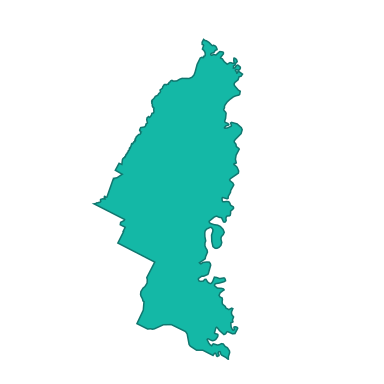 Manningham, Victoria, Australia, rotated 109°
{"feature_id": "25037944B66764167138958", "entity_name": "Manningham", "entity_type": "district", "adm_level": 2, "iso_a3": "AUS", "parent_name": "Australia", "parent_adm1": "Victoria", "projection": "natural_earth1", "projection_center": [145.177, -37.757], "detail": "fine", "context": "isolated", "style": "filled", "palette": "teal", "viewbox_px": 384, "rotation_deg": 109, "n_neighbors": 0, "source": "geoboundaries", "source_scale": "gbopen_adm2", "svg_char_len": 6044}
<svg xmlns="http://www.w3.org/2000/svg" viewBox="0 0 384 384"><g transform="rotate(109 192 192)"><path d="M43.9,230.7L47.1,231.2L49.2,230.4L49.1,229.2L49.7,228.7L53.5,228.7L54.3,226.8L56.0,224.9L58.5,224.0L59.2,224.2L59.8,225.0L60.3,224.8L60.7,225.2L61.2,225.0L61.5,225.5L61.4,226.5L62.6,227.8L69.6,228.7L77.7,228.1L80.7,228.2L83.5,229.4L85.6,231.7L87.8,238.4L89.3,240.3L91.9,242.5L93.3,245.8L93.3,246.3L93.0,246.5L93.0,247.4L94.0,248.4L95.3,248.7L96.0,249.4L97.8,249.4L98.0,250.4L99.0,251.1L99.0,252.4L99.5,253.2L102.0,253.9L103.6,253.8L106.0,255.4L107.2,254.5L108.5,254.6L109.6,255.4L111.7,255.9L113.5,257.8L116.0,258.4L118.3,259.7L118.7,259.3L119.3,259.7L119.8,259.4L119.9,259.0L120.9,259.1L122.4,257.8L123.6,257.6L124.2,256.6L124.8,256.4L125.0,255.3L126.7,255.0L128.2,254.2L129.7,254.1L130.7,255.5L132.8,255.4L135.3,256.4L135.2,257.3L134.9,257.6L136.3,258.6L138.3,258.4L141.3,256.6L142.9,257.7L143.4,257.3L145.5,257.7L146.2,258.5L147.8,261.5L150.2,261.7L150.5,261.2L150.9,261.4L151.1,261.0L151.8,260.5L152.0,260.1L151.9,259.7L152.6,259.9L153.0,259.6L154.5,260.0L155.0,261.1L158.1,262.7L158.6,262.5L160.0,263.0L161.4,262.3L161.7,263.0L162.9,262.4L163.4,263.3L165.4,263.7L165.5,264.3L166.2,264.3L166.2,264.8L169.1,264.6L170.4,265.2L170.5,264.8L171.1,264.8L171.4,265.3L172.8,265.0L173.8,265.7L174.7,265.4L175.7,266.0L176.3,265.7L177.8,266.5L178.1,266.2L178.8,266.7L180.3,266.5L180.5,267.0L181.4,266.9L181.8,267.6L183.1,268.2L184.1,268.3L188.8,267.3L188.6,270.3L196.4,271.6L197.9,263.7L202.9,267.5L204.7,270.7L205.7,270.2L206.0,270.7L224.5,270.8L225.0,271.7L224.5,272.8L224.6,273.3L225.5,273.3L226.9,272.0L227.5,274.2L228.7,275.9L229.3,276.0L230.6,275.2L231.5,275.5L232.2,276.8L232.8,277.3L233.2,278.5L234.2,279.2L235.1,280.8L239.9,246.8L241.2,247.0L243.9,249.6L246.3,249.2L247.1,243.7L251.8,244.3L251.9,243.8L264.4,245.5L270.4,204.4L287.7,206.9L289.3,205.8L292.7,204.8L296.8,205.7L298.8,207.0L302.8,207.9L305.6,207.3L307.0,206.4L309.1,204.1L311.0,202.9L311.3,201.7L319.6,199.6L334.4,201.2L336.0,189.3L334.8,186.7L334.6,184.7L333.6,183.0L326.8,175.8L324.1,168.3L326.0,153.1L326.5,152.0L327.9,150.3L337.1,145.1L338.3,143.4L340.1,136.3L338.1,130.3L339.7,118.9L337.3,118.2L336.8,117.6L337.3,116.6L339.0,115.4L339.3,114.6L337.9,113.2L336.9,113.6L336.2,114.7L335.3,114.9L334.4,114.7L333.8,113.6L334.2,113.0L335.5,112.5L336.6,110.8L337.4,106.1L338.3,103.8L338.2,103.2L335.8,104.0L331.6,104.1L330.1,104.8L327.9,107.6L327.6,108.3L327.3,110.3L325.5,113.0L325.8,114.8L327.5,116.5L328.4,118.0L328.6,122.4L329.3,122.9L331.0,123.3L330.7,124.8L329.5,126.8L326.6,129.7L325.9,129.5L325.5,128.8L326.0,125.3L325.9,124.0L324.7,122.3L323.6,121.5L320.4,120.6L318.7,120.9L318.2,121.4L318.3,124.2L317.9,124.9L312.9,125.2L311.9,124.8L312.0,124.0L314.1,120.9L316.4,115.4L315.2,114.1L313.0,113.5L312.4,112.7L312.9,107.5L311.9,105.3L306.2,104.4L305.6,104.7L305.2,105.7L305.3,107.1L305.8,108.2L306.7,108.2L308.3,107.1L309.4,108.1L308.6,109.4L306.6,111.2L303.1,112.7L302.6,112.5L302.1,111.5L301.4,111.0L299.8,112.1L296.6,112.0L295.1,114.3L293.8,115.2L292.3,115.6L289.0,115.4L288.9,116.7L291.2,118.9L290.6,122.3L289.4,123.2L288.4,125.9L287.8,126.9L285.9,127.8L283.8,128.2L282.4,129.0L282.2,131.1L281.0,132.8L278.3,132.6L275.4,130.8L274.3,129.8L273.9,129.9L273.4,130.8L273.5,132.7L274.6,136.7L273.5,139.7L272.9,140.4L271.8,140.4L270.9,139.7L269.3,136.7L266.4,132.5L265.0,131.4L263.8,132.1L262.9,133.1L262.8,133.8L264.9,137.7L264.8,140.9L265.2,143.1L269.9,143.3L271.9,143.9L272.6,144.7L272.6,146.2L272.0,147.9L270.0,150.4L270.5,151.5L272.6,152.4L273.7,154.7L273.8,156.4L272.4,157.7L271.6,157.7L268.5,155.4L267.8,153.5L264.8,150.2L263.6,150.0L255.1,150.5L253.7,151.4L252.7,152.9L253.4,155.3L255.0,158.6L257.1,160.2L257.0,161.0L256.5,162.0L250.9,157.8L248.8,158.1L243.8,157.8L241.9,158.9L240.5,160.7L238.6,162.3L235.8,163.2L233.8,163.1L230.0,165.3L226.5,166.6L224.5,166.9L222.3,166.1L219.5,163.3L219.2,162.1L220.7,160.0L222.7,159.5L226.4,159.5L232.3,157.2L236.8,154.4L237.6,152.1L237.5,151.0L236.9,149.8L235.5,148.4L233.1,147.3L230.1,147.4L227.3,149.2L225.5,149.7L224.4,149.6L222.0,148.6L219.6,148.4L217.2,150.5L215.4,153.9L215.0,156.9L215.7,160.7L215.7,164.6L214.9,165.9L214.1,166.3L208.1,162.6L206.8,160.8L207.1,158.1L206.7,155.7L210.0,152.5L210.0,151.6L209.5,150.8L207.9,150.4L205.8,151.4L204.6,151.5L203.3,151.0L202.3,148.8L201.6,148.3L199.8,148.5L197.5,149.3L195.1,147.8L193.6,147.4L192.6,148.1L191.9,151.2L190.2,152.6L189.2,154.1L189.7,156.3L190.9,158.7L191.1,159.8L190.1,160.8L188.0,161.6L187.2,161.2L187.0,156.6L186.2,155.8L184.3,156.3L179.8,155.5L178.0,155.9L171.7,154.8L170.2,156.3L169.0,159.6L168.3,160.4L166.8,160.0L159.1,154.3L157.0,154.7L154.4,157.0L153.5,158.1L152.6,160.8L152.1,161.5L151.3,161.3L150.9,160.2L150.1,159.6L146.9,161.6L142.9,162.3L136.1,161.3L135.6,161.9L134.6,164.9L132.5,166.0L131.1,168.2L130.1,168.7L128.1,168.1L120.8,164.6L116.8,164.8L115.1,166.3L112.9,171.6L113.3,177.3L114.3,178.0L116.1,176.4L117.1,176.4L119.9,179.3L120.8,181.2L120.9,182.1L120.4,182.3L118.4,181.4L116.8,179.2L116.3,179.1L115.5,180.4L115.4,183.1L114.8,183.9L114.1,184.2L111.5,184.2L106.5,185.4L105.7,186.1L104.4,188.4L103.7,188.9L101.8,188.7L100.5,189.2L99.0,189.1L95.5,188.1L92.3,186.4L88.5,183.8L86.8,181.9L85.2,179.4L84.3,178.7L81.0,179.2L80.6,181.3L77.8,186.1L77.0,187.0L75.8,187.4L74.4,187.1L71.0,185.0L67.7,185.0L66.6,183.3L64.1,182.6L62.8,186.9L63.3,187.8L64.6,187.8L65.0,188.3L64.5,188.5L63.1,190.5L62.6,190.7L61.9,190.2L61.7,187.8L61.1,187.0L60.2,186.7L59.0,186.6L58.2,187.0L57.1,189.6L57.2,190.4L58.3,191.2L60.9,192.0L61.4,193.2L59.4,193.8L57.8,192.7L55.7,192.5L54.1,191.7L52.6,192.7L51.7,194.2L51.6,195.8L52.1,195.9L54.2,195.3L56.0,194.2L56.6,194.3L57.2,196.0L57.0,197.0L57.3,198.2L59.7,200.3L58.3,204.0L56.2,206.7L56.1,208.6L55.5,208.8L51.2,207.3L50.1,207.6L49.6,208.3L49.9,210.5L50.3,211.6L54.7,214.0L54.9,216.3L56.4,217.9L56.4,218.4L55.9,219.1L54.9,219.1L52.9,216.7L50.5,216.1L49.3,214.7L48.9,214.7L47.0,216.4L46.4,217.5L46.2,219.4L46.9,220.2L46.9,220.9L45.0,224.7L44.3,227.6L44.5,229.2L43.9,230.7Z" fill="#14b8a6" stroke="#0f766e" stroke-width="1.5"/></g></svg>